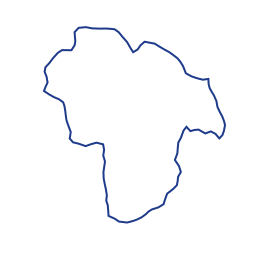 the district of Vargem Alegre, Minas Gerais, Brazil, rotated 283°
{"feature_id": "56859067B29646680816538", "entity_name": "Vargem Alegre", "entity_type": "district", "adm_level": 2, "iso_a3": "BRA", "parent_name": "Brazil", "parent_adm1": "Minas Gerais", "projection": "albers", "projection_center": [-42.322, -19.604], "detail": "fine", "context": "isolated", "style": "outline", "palette": "blue", "viewbox_px": 256, "rotation_deg": 283, "n_neighbors": 0, "source": "geoboundaries", "source_scale": "gbopen_adm2", "svg_char_len": 1537}
<svg xmlns="http://www.w3.org/2000/svg" viewBox="0 0 256 256"><g transform="rotate(283 128 128)"><path d="M193.9,195.3L191.9,190.1L192.0,184.5L192.6,178.2L194.3,172.1L200.8,167.6L204.5,163.9L207.1,160.4L209.5,155.2L211.3,150.8L212.8,145.3L214.4,140.3L216.2,135.1L215.8,124.8L211.4,121.6L206.8,119.8L203.0,116.0L206.4,112.5L211.5,107.8L215.5,102.2L219.2,97.5L221.2,92.7L220.6,88.0L219.8,83.3L218.7,79.2L217.8,74.7L217.0,70.5L216.8,64.3L214.5,57.4L209.4,54.4L204.8,55.8L200.9,57.1L196.7,57.4L191.1,55.4L189.0,46.1L185.4,42.7L179.3,39.3L173.7,36.8L168.6,33.9L164.1,34.1L159.7,37.1L154.2,39.4L149.5,38.4L145.2,37.8L143.1,43.3L141.4,49.0L140.5,54.2L138.5,59.0L135.2,61.1L130.6,63.0L126.1,64.6L122.2,66.1L118.0,68.6L111.2,73.1L104.6,73.6L101.7,77.6L101.6,83.6L100.8,90.8L103.8,95.4L106.6,100.6L106.5,107.4L101.5,109.6L95.5,110.1L90.2,113.1L85.6,113.5L79.5,114.0L73.2,115.7L68.1,118.0L63.4,120.2L57.8,122.5L52.2,123.2L48.3,125.6L43.7,127.1L38.0,128.8L36.7,135.3L34.8,140.3L35.7,148.4L38.4,153.6L40.7,157.2L44.0,161.3L47.8,164.6L51.2,166.8L54.1,169.7L57.5,175.5L61.8,179.8L66.9,180.2L72.8,180.9L78.6,185.6L83.3,188.5L87.7,188.3L91.7,187.8L97.0,189.4L102.3,186.3L107.4,180.9L114.4,181.8L120.4,180.9L125.1,180.3L130.5,181.8L138.0,182.7L142.3,184.7L139.0,189.5L141.0,193.1L142.3,197.1L140.1,204.5L143.3,209.5L142.0,214.5L138.4,219.3L142.3,221.6L146.9,222.1L152.6,221.9L156.2,220.1L160.5,217.2L164.1,214.0L168.7,210.4L174.1,208.1L179.2,204.3L182.1,201.4L185.4,198.5L188.9,196.7L193.9,195.3Z" fill="none" stroke="#1e3a8a" stroke-width="2"/></g></svg>